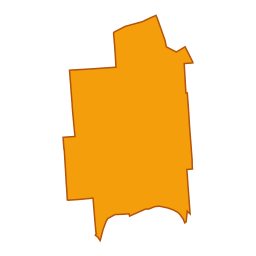 Ulmeni, Calarasi, Romania (Mercator projection)
{"feature_id": "2599482B95342273049795", "entity_name": "Ulmeni", "entity_type": "district", "adm_level": 2, "iso_a3": "ROU", "parent_name": "Romania", "parent_adm1": "Calarasi", "projection": "mercator", "projection_center": [26.717, 44.181], "detail": "fine", "context": "isolated", "style": "filled", "palette": "amber", "viewbox_px": 256, "rotation_deg": 0, "n_neighbors": 0, "source": "geoboundaries", "source_scale": "gbopen_adm2", "svg_char_len": 1629}
<svg xmlns="http://www.w3.org/2000/svg" viewBox="0 0 256 256"><path d="M184.8,222.9L185.5,222.3L186.2,221.7L186.3,220.5L186.9,214.7L187.2,211.5L187.2,211.2L190.1,213.9L188.3,189.6L188.0,186.1L187.4,177.0L187.2,173.9L186.9,170.6L186.8,169.5L192.5,169.0L192.2,165.4L192.2,163.6L192.2,162.8L192.1,159.5L192.1,158.9L191.9,157.5L191.3,148.8L189.6,127.1L189.4,124.6L189.3,121.3L189.1,119.0L188.7,112.6L188.2,105.0L187.8,100.4L187.3,92.9L185.9,93.0L185.1,79.6L184.2,63.6L188.5,63.2L189.2,63.2L192.9,62.9L192.9,62.7L192.7,62.0L185.1,46.8L176.3,52.0L166.6,47.0L166.1,45.9L165.9,44.7L165.1,40.6L157.5,19.0L157.4,18.7L156.0,15.4L151.4,17.4L142.2,21.7L125.4,26.3L122.4,27.8L121.1,28.5L118.6,29.8L114.7,31.8L113.8,32.5L113.7,32.5L113.6,33.1L113.6,34.1L113.8,36.0L114.1,39.2L114.4,43.5L114.6,45.3L114.7,46.9L114.9,49.6L115.0,51.0L115.2,53.9L115.5,58.9L115.8,64.3L116.0,67.2L104.2,68.0L93.1,68.8L69.5,70.2L70.1,78.0L70.8,86.6L71.3,94.0L71.9,101.3L72.1,103.7L72.2,106.1L72.6,111.3L73.7,123.3L74.5,131.5L75.0,136.5L69.0,136.9L63.1,137.3L63.3,140.9L63.9,148.9L64.2,148.9L65.2,165.2L65.6,171.7L66.3,184.2L66.6,187.8L66.9,192.7L67.3,199.9L68.3,199.9L68.4,200.2L79.8,199.4L84.1,199.0L85.8,198.8L86.4,198.7L87.3,198.7L88.4,198.6L89.5,198.5L91.7,198.2L93.0,198.1L95.1,223.2L96.0,232.9L96.1,233.3L96.4,233.5L95.3,235.2L98.1,237.4L98.6,238.3L100.1,240.6L100.5,239.4L103.1,229.4L106.1,221.4L107.7,218.6L114.9,214.6L123.7,214.2L129.0,213.8L129.6,216.1L141.0,211.0L142.3,210.5L145.3,209.1L148.9,209.0L154.8,206.6L159.5,206.2L167.5,207.9L173.3,209.9L177.8,212.4L179.8,214.3L183.0,218.7L184.8,222.9Z" fill="#f59e0b" stroke="#b45309" stroke-width="1.5"/></svg>